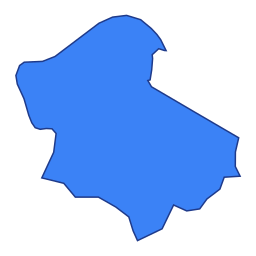 the border of Leposavić
{"feature_id": "KOS-5893", "entity_name": "Leposavić", "entity_type": "District", "adm_level": 1, "iso_a3": "XKX", "parent_name": "Kosovo", "parent_adm1": "", "projection": "albers", "projection_center": [20.786, 43.117], "detail": "fine", "context": "isolated", "style": "filled", "palette": "blue", "viewbox_px": 256, "rotation_deg": 0, "n_neighbors": 0, "source": "natural_earth", "source_scale": "10m", "svg_char_len": 723}
<svg xmlns="http://www.w3.org/2000/svg" viewBox="0 0 256 256"><path d="M126.6,15.4L135.2,18.0L140.7,19.7L151.4,28.6L157.0,34.6L160.7,39.7L166.1,50.6L164.4,50.5L158.7,48.7L152.2,54.7L152.6,58.6L151.7,69.8L150.1,79.9L147.8,80.5L151.5,86.8L193.1,111.2L238.7,137.8L235.4,152.0L235.3,166.5L240.1,176.2L224.2,177.2L219.9,189.1L206.9,199.0L199.7,208.9L186.7,210.9L173.6,205.0L162.1,228.8L137.5,240.6L133.1,230.8L128.8,216.9L115.8,207.0L98.4,197.1L75.3,197.1L63.8,183.3L41.8,177.9L53.7,152.3L56.1,133.5L52.0,128.8L46.3,128.5L40.2,129.3L35.2,127.7L31.8,122.8L28.8,115.3L24.0,98.7L17.3,84.1L15.9,75.5L19.6,65.5L24.2,62.2L42.5,61.4L55.0,56.5L99.0,23.2L112.6,17.1L126.6,15.4Z" fill="#3b82f6" stroke="#1e3a8a" stroke-width="1.5"/></svg>